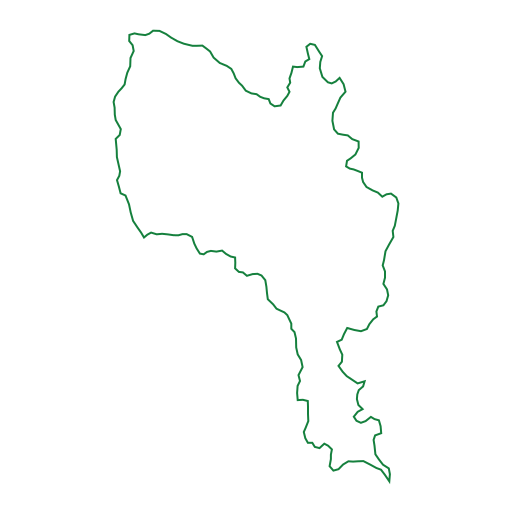 Ibitirama, Espírito Santo, Brazil
{"feature_id": "56859067B18321195948026", "entity_name": "Ibitirama", "entity_type": "district", "adm_level": 2, "iso_a3": "BRA", "parent_name": "Brazil", "parent_adm1": "Espírito Santo", "projection": "robinson", "projection_center": [-41.679, -20.517], "detail": "fine", "context": "isolated", "style": "outline", "palette": "green", "viewbox_px": 512, "rotation_deg": 0, "n_neighbors": 0, "source": "geoboundaries", "source_scale": "gbopen_adm2", "svg_char_len": 3262}
<svg xmlns="http://www.w3.org/2000/svg" viewBox="0 0 512 512"><path d="M120.6,193.3L125.5,195.5L129.0,204.3L130.7,212.4L133.1,220.9L137.5,227.5L141.1,232.6L144.0,237.5L147.3,234.7L151.1,232.6L156.7,234.3L162.1,233.8L168.0,234.4L173.5,235.2L178.3,235.3L182.6,234.1L186.6,234.1L192.1,236.9L194.3,243.6L196.6,248.4L199.9,253.6L203.7,254.3L207.0,251.9L210.9,250.9L216.4,251.6L222.1,250.6L226.0,253.9L230.6,256.5L235.1,257.5L235.3,262.8L235.1,268.4L238.9,271.9L242.9,272.4L246.9,275.8L252.6,274.1L257.5,273.8L261.5,275.5L265.3,280.2L266.4,286.8L267.0,293.1L267.8,299.2L273.2,304.4L276.5,308.7L280.5,310.6L284.4,312.4L287.3,315.1L289.2,319.2L291.3,323.6L291.3,328.8L294.5,332.1L296.0,338.5L296.2,347.5L297.7,354.4L301.1,360.0L302.6,367.1L298.5,375.1L300.0,381.0L297.6,385.9L297.1,393.0L297.7,400.1L302.9,399.8L307.8,401.0L308.0,406.6L308.0,413.9L308.3,421.1L305.6,427.9L303.8,432.0L305.3,438.2L307.9,442.8L312.3,442.8L314.8,446.9L319.5,448.1L324.3,443.7L328.1,445.7L331.9,449.4L330.9,454.6L330.9,459.1L329.6,466.2L333.4,470.6L338.5,469.2L343.1,464.5L348.4,461.3L353.1,461.6L357.7,461.3L363.4,461.1L370.4,464.7L376.4,468.0L381.0,469.7L384.8,474.7L389.3,481.3L389.9,474.2L388.8,468.4L383.0,464.7L378.9,459.4L375.4,454.3L374.5,445.7L373.6,439.9L375.1,435.4L381.2,433.2L380.6,426.2L378.9,420.3L374.5,419.1L370.9,416.9L365.6,421.1L360.9,422.8L356.5,420.8L353.8,416.7L357.7,411.8L362.6,409.1L358.4,405.0L356.9,399.1L357.3,394.4L358.8,390.1L363.1,386.4L364.6,381.3L357.6,383.4L351.2,379.1L346.8,376.2L342.7,371.8L338.5,365.9L341.9,361.7L342.3,354.7L339.8,349.3L337.0,341.9L341.7,339.7L344.0,334.1L347.2,328.0L354.4,330.0L361.0,331.2L366.9,329.0L369.4,324.1L373.2,319.3L377.0,316.5L376.4,311.5L378.3,306.6L383.4,305.3L386.5,301.2L388.2,295.3L387.0,289.4L383.4,283.9L385.0,277.7L385.0,271.4L382.7,265.4L384.0,260.2L385.5,251.2L389.1,244.5L393.4,237.0L392.7,230.8L394.8,225.8L396.3,218.0L397.7,210.6L398.4,203.5L396.3,197.5L391.0,193.6L386.5,194.3L382.3,196.7L377.9,192.6L372.6,190.4L366.5,187.0L363.1,182.0L362.0,177.7L362.0,172.7L357.8,171.0L353.6,169.4L349.8,168.6L346.1,166.4L347.0,160.8L350.6,158.4L355.4,154.5L358.7,147.9L358.6,141.5L352.2,139.1L347.8,135.4L343.0,134.7L337.9,133.7L334.1,129.4L332.4,120.8L333.0,112.7L335.6,108.5L337.9,103.2L340.4,97.6L345.5,91.7L343.6,84.2L339.6,77.9L335.7,81.5L331.7,83.4L327.9,82.3L322.4,76.9L319.8,68.3L320.3,61.9L322.1,56.1L319.3,51.9L314.9,44.9L310.2,43.8L306.4,46.8L307.9,53.6L309.3,59.1L305.3,61.5L303.4,66.6L297.2,67.1L293.0,66.6L291.4,73.0L289.5,78.4L290.2,82.7L287.3,87.4L289.5,91.8L287.3,95.9L283.5,100.5L280.6,105.5L274.6,106.3L270.4,103.5L268.7,99.1L264.1,98.3L260.2,96.8L256.6,94.2L251.4,93.4L245.8,90.7L242.1,85.7L238.9,82.7L235.6,78.3L233.7,73.4L231.3,68.9L226.8,65.9L219.8,63.0L213.6,57.6L210.1,51.5L206.3,48.5L202.4,45.6L196.5,45.8L192.5,45.8L188.7,44.9L183.8,43.7L177.4,41.2L171.1,37.6L166.0,34.0L159.5,30.9L153.1,30.7L149.3,33.7L145.3,35.1L138.6,34.3L134.5,33.4L129.4,34.9L129.2,41.0L132.6,45.2L133.7,51.0L130.5,58.0L130.2,66.3L127.3,72.7L125.6,79.0L124.6,84.5L121.6,88.3L118.4,91.7L115.1,96.6L113.6,102.0L114.6,107.6L114.8,114.7L115.7,120.0L120.8,129.1L119.7,135.0L115.7,138.9L116.7,149.9L116.9,157.1L120.1,171.3L119.3,175.8L117.0,180.1L118.9,186.7L120.6,193.3Z" fill="none" stroke="#15803d" stroke-width="2"/></svg>